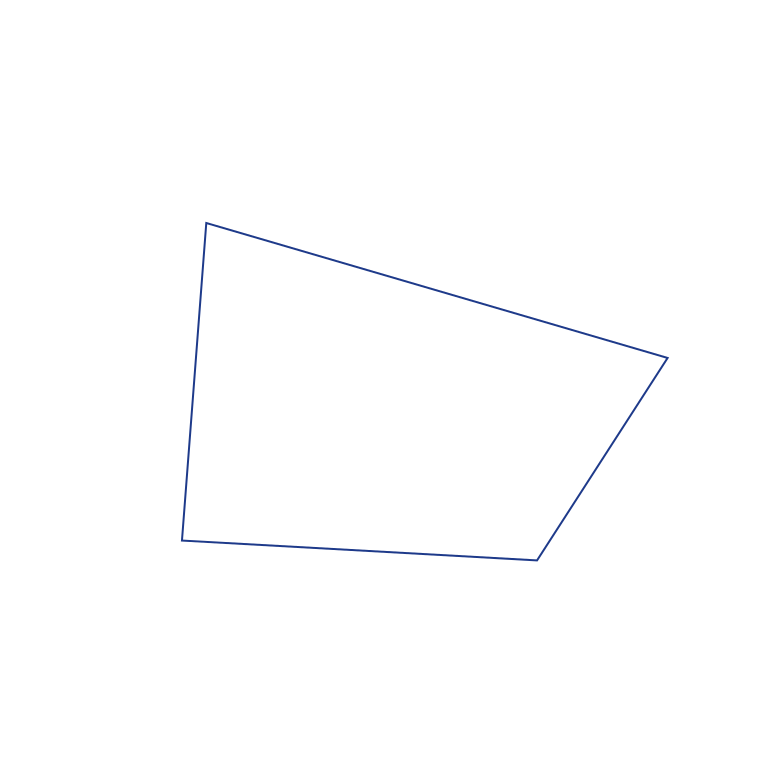 an SVG outline of Saint Louis, rotated 238°
{"feature_id": "SYC-5219", "entity_name": "Saint Louis", "entity_type": "state/province", "adm_level": 1, "iso_a3": "SYC", "parent_name": "Seychelles", "parent_adm1": "", "projection": "robinson", "projection_center": [55.437, -4.623], "detail": "fine", "context": "isolated", "style": "outline", "palette": "blue", "viewbox_px": 768, "rotation_deg": 238, "n_neighbors": 0, "source": "natural_earth", "source_scale": "10m", "svg_char_len": 226}
<svg xmlns="http://www.w3.org/2000/svg" viewBox="0 0 768 768"><g transform="rotate(238 384 384)"><path d="M153.3,420.3L358.3,129.7L614.7,318.6L255.8,638.3L153.3,420.3Z" fill="none" stroke="#1e3a8a" stroke-width="2"/></g></svg>